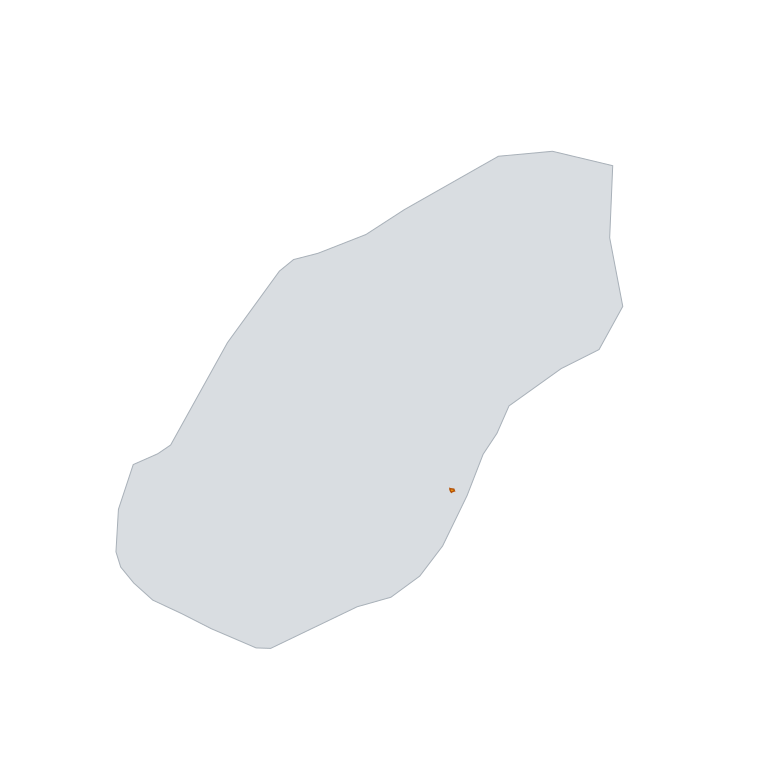 location of 24, Ad Dawhah, Qatar, rotated 41°
{"feature_id": "91078587B3857116379359", "entity_name": "24", "entity_type": "district", "adm_level": 2, "iso_a3": "QAT", "parent_name": "Qatar", "parent_adm1": "Ad Dawhah", "projection": "albers", "projection_center": [51.519, 25.27], "detail": "fine", "context": "in_parent", "style": "filled", "palette": "amber", "viewbox_px": 768, "rotation_deg": 41, "n_neighbors": 0, "source": "geoboundaries", "source_scale": "gbopen_adm2", "svg_char_len": 794}
<svg xmlns="http://www.w3.org/2000/svg" viewBox="0 0 768 768"><g transform="rotate(41 384 384)"><path d="M414.2,682.0L381.8,690.1L351.3,698.8L325.8,698.4L305.4,694.9L291.8,686.5L265.8,652.8L247.6,609.3L259.0,585.1L263.0,570.0L238.7,455.4L231.0,367.4L234.1,349.4L248.4,328.7L272.3,283.0L285.0,238.9L320.9,137.1L358.4,97.9L413.4,69.2L458.4,125.6L513.3,168.8L523.7,216.9L507.6,256.1L492.7,318.5L501.6,347.1L504.9,372.0L519.9,413.7L534.5,467.8L537.0,505.5L529.1,540.4L509.9,569.7L471.9,657.9L460.6,667.1L414.2,682.0Z" fill="#d9dde1" stroke="#a8b0b8" stroke-width="1"/><path d="M502.4,419.7L502.5,419.9L503.3,420.5L504.6,421.2L505.9,421.5L506.1,420.6L506.5,419.9L506.9,419.1L507.2,418.6L507.3,418.5L505.7,417.6L502.5,419.7L502.4,419.7Z" fill="#f59e0b" stroke="#b45309" stroke-width="1.5"/></g></svg>